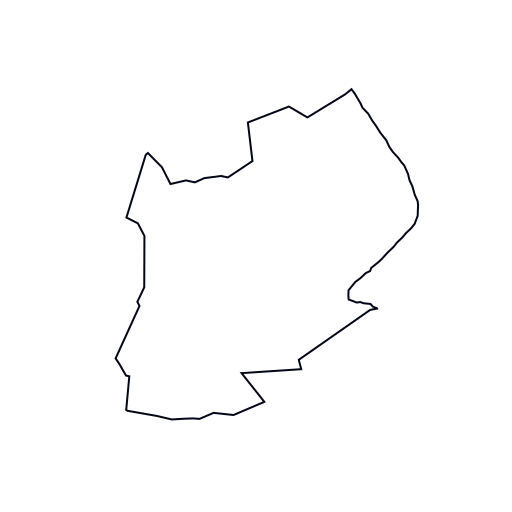 outline of Bekwarra, Cross River, Nigeria, rotated 20°
{"feature_id": "59680162B86980115162892", "entity_name": "Bekwarra", "entity_type": "district", "adm_level": 2, "iso_a3": "NGA", "parent_name": "Nigeria", "parent_adm1": "Cross River", "projection": "albers", "projection_center": [8.932, 6.698], "detail": "fine", "context": "isolated", "style": "outline", "palette": "ink", "viewbox_px": 512, "rotation_deg": 20, "n_neighbors": 0, "source": "geoboundaries", "source_scale": "gbopen_adm2", "svg_char_len": 1283}
<svg xmlns="http://www.w3.org/2000/svg" viewBox="0 0 512 512"><g transform="rotate(20 256 256)"><path d="M337.2,346.9L331.7,338.9L381.7,267.6L387.7,264.1L387.3,263.7L386.7,263.7L383.3,263.7L380.0,261.9L373.2,263.6L369.8,263.6L366.5,265.3L361.4,265.2L358.0,265.2L356.4,261.8L354.7,256.6L356.4,251.5L358.2,246.4L361.6,241.3L363.3,237.9L365.0,234.5L368.3,231.2L368.4,227.7L373.5,219.2L375.2,215.8L377.6,209.9L378.7,207.3L382.1,200.5L382.8,198.5L383.8,195.3L387.2,188.5L389.0,183.4L392.4,176.6L394.1,171.5L394.1,168.1L394.2,163.0L392.5,157.8L390.9,152.7L389.2,149.3L384.2,144.1L379.2,137.2L374.2,132.1L370.8,126.9L367.5,123.5L364.1,120.0L360.8,118.3L355.8,114.9L349.0,111.4L344.0,107.9L339.0,102.8L330.6,97.6L323.9,92.4L318.9,89.0L312.8,83.9L305.4,80.3L302.1,76.9L297.6,73.2L293.7,70.0L288.7,66.6L284.4,73.7L256.9,108.2L235.8,104.3L202.7,133.3L220.2,168.0L202.7,191.8L195.7,192.8L180.8,200.5L173.4,207.7L164.4,208.9L151.0,217.6L137.3,204.8L119.2,196.2L117.8,198.6L121.1,264.2L133.8,265.7L144.3,275.3L161.7,323.7L160.2,339.6L163.6,342.8L159.1,400.2L164.9,404.5L174.7,412.8L178.1,412.4L186.7,445.1L188.3,445.4L217.6,440.2L232.8,438.4L244.1,433.5L252.5,430.1L258.6,428.4L269.8,417.9L289.3,413.1L313.7,390.2L282.5,371.0L337.2,346.9Z" fill="none" stroke="#020617" stroke-width="2"/></g></svg>